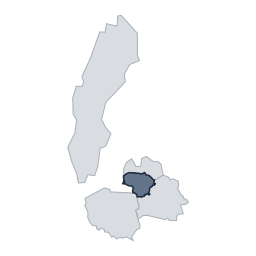 Lithuania and the surrounding countries
{"feature_id": "LTU", "entity_name": "Lithuania", "entity_type": "country or territory", "adm_level": 0, "iso_a3": "LTU", "parent_name": "Europe", "parent_adm1": "", "projection": "mercator", "projection_center": [24.055, 55.152], "detail": "fine", "context": "with_neighbors", "style": "filled", "palette": "slate", "viewbox_px": 256, "rotation_deg": 0, "n_neighbors": 4, "source": "natural_earth", "source_scale": "50m", "svg_char_len": 3669}
<svg xmlns="http://www.w3.org/2000/svg" viewBox="0 0 256 256"><path d="M67.7,147.1L74.8,133.3L76.6,119.9L73.1,114.0L72.7,98.0L76.3,86.2L81.9,86.5L83.8,81.4L81.8,76.9L90.4,58.1L99.7,32.0L105.0,32.1L106.5,23.7L117.0,26.1L117.8,16.0L121.2,15.4L137.3,33.2L137.5,55.3L139.4,60.6L129.8,64.5L124.4,73.8L125.3,81.8L105.7,102.6L101.6,119.4L105.6,127.4L110.9,133.7L105.8,146.1L100.0,148.6L97.9,166.2L94.7,175.6L87.9,174.7L84.8,182.5L78.4,183.0L76.6,173.6L71.9,162.0L67.7,147.1Z" fill="#d9dde1" stroke="#a8b0b8" stroke-width="1"/><path d="M163.2,175.0L169.0,177.5L169.8,179.9L172.7,178.8L178.2,181.1L178.7,185.7L177.5,188.3L181.0,194.6L183.3,196.3L183.0,198.0L186.7,199.7L188.3,202.2L186.1,204.2L180.6,204.8L183.3,213.7L178.5,214.2L176.8,216.2L176.4,220.7L169.2,220.3L167.7,218.2L165.6,219.7L147.3,215.4L143.0,215.6L139.9,218.0L137.3,218.4L137.2,214.4L135.5,210.2L138.8,208.3L138.8,204.6L137.3,201.1L137.0,196.9L142.4,197.0L148.5,193.4L149.8,188.0L154.3,184.9L153.8,180.5L163.2,175.0Z" fill="#d9dde1" stroke="#a8b0b8" stroke-width="1"/><path d="M137.0,196.9L137.3,201.1L138.8,204.6L138.8,208.3L135.5,210.2L140.1,226.1L139.5,228.6L136.7,229.6L131.7,236.8L133.1,240.6L126.6,236.9L122.6,238.1L120.0,237.2L116.7,239.0L113.9,236.0L111.6,237.2L108.7,232.4L104.6,231.9L104.0,229.2L100.2,228.2L99.4,230.4L96.4,228.6L96.7,226.2L92.5,225.4L89.9,222.6L87.6,216.9L88.1,213.8L86.7,208.9L84.7,205.6L86.2,203.2L84.9,198.4L104.4,187.9L110.0,189.6L110.4,191.9L132.8,193.0L135.7,194.0L137.0,196.9Z" fill="#d9dde1" stroke="#a8b0b8" stroke-width="1"/><path d="M158.2,161.7L160.9,164.1L163.2,175.0L153.8,180.5L148.4,175.7L145.5,175.0L144.7,173.0L129.9,173.3L123.5,176.4L123.7,168.8L126.4,162.4L131.7,158.8L136.1,166.5L140.6,166.3L141.7,158.4L146.4,156.5L153.6,161.7L158.2,161.7Z" fill="#d9dde1" stroke="#a8b0b8" stroke-width="1"/><path d="M133.0,192.7L132.8,192.2L132.6,191.4L132.6,190.7L132.7,190.1L133.4,188.1L133.4,187.8L132.9,187.2L132.3,186.8L131.9,185.9L130.7,185.9L129.5,185.9L129.2,185.9L128.1,185.5L127.0,184.9L126.3,184.6L125.7,184.2L125.4,183.8L124.9,183.9L124.5,183.9L124.3,183.2L124.5,182.1L124.2,180.5L123.6,178.5L123.5,176.4L123.5,176.0L125.0,174.8L126.8,173.5L127.3,173.4L129.0,172.7L130.8,172.7L132.0,172.9L133.1,172.9L133.7,172.7L134.2,172.9L134.6,173.4L135.0,173.4L135.4,173.0L137.8,173.3L138.3,173.3L138.9,173.4L140.0,173.7L140.6,174.0L142.0,173.8L142.5,173.8L142.9,173.7L143.8,172.9L144.2,172.7L144.6,172.6L144.9,172.7L145.2,173.4L145.9,174.7L146.6,174.9L148.7,175.4L149.2,175.6L150.4,176.7L151.1,177.3L151.5,177.7L152.2,178.5L152.6,179.2L153.3,179.6L154.1,179.9L154.4,180.0L154.3,180.4L154.2,181.2L153.9,182.1L153.7,182.9L153.6,183.2L153.8,183.4L154.8,183.5L155.3,183.6L155.4,183.8L155.1,184.1L154.8,184.3L154.7,184.5L154.4,185.2L152.7,185.1L152.4,185.3L152.3,185.6L152.2,186.0L152.0,186.5L151.6,186.9L150.8,187.0L150.3,187.3L149.8,188.1L149.5,189.2L149.5,190.0L149.6,190.5L149.3,191.0L148.9,191.7L148.6,192.5L148.5,192.9L148.6,193.1L148.9,193.1L149.4,193.3L149.6,193.6L149.7,194.0L149.7,194.4L149.7,194.6L149.3,194.8L148.7,194.8L148.3,194.6L148.2,194.4L148.4,194.1L148.3,193.6L148.0,193.3L147.5,193.7L147.1,193.7L146.5,194.1L146.1,194.6L145.7,194.8L144.8,194.7L144.5,195.0L144.3,196.1L144.2,196.3L143.4,196.3L142.6,196.7L141.7,197.1L141.2,196.9L141.0,196.6L140.5,196.6L140.0,196.7L139.6,196.7L139.2,196.7L138.4,196.9L137.5,196.9L137.0,196.7L137.0,196.0L137.0,195.3L136.9,194.7L136.4,194.2L135.9,193.8L135.3,193.4L134.8,193.2L134.6,193.2L134.4,192.8L134.2,192.6L133.8,192.4L133.4,192.3L133.0,192.7ZM123.0,183.8L122.7,183.7L123.3,182.6L123.5,181.9L123.7,180.8L123.8,180.5L123.9,181.0L123.8,181.7L123.4,183.1L123.0,183.8Z" fill="#64748b" stroke="#1e293b" stroke-width="1.5"/></svg>